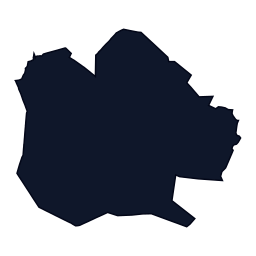 outline of Bella Vista, Chiapas, Mexico
{"feature_id": "50627088B83427563919964", "entity_name": "Bella Vista", "entity_type": "district", "adm_level": 2, "iso_a3": "MEX", "parent_name": "Mexico", "parent_adm1": "Chiapas", "projection": "albers", "projection_center": [-92.25, 15.623], "detail": "fine", "context": "isolated", "style": "filled", "palette": "ink", "viewbox_px": 256, "rotation_deg": 0, "n_neighbors": 0, "source": "geoboundaries", "source_scale": "gbopen_adm2", "svg_char_len": 3077}
<svg xmlns="http://www.w3.org/2000/svg" viewBox="0 0 256 256"><path d="M139.2,32.3L137.7,32.1L135.0,31.6L132.4,31.1L130.3,30.7L129.7,30.6L128.9,30.4L125.5,29.7L123.6,29.3L121.9,30.0L120.5,30.7L118.4,31.8L117.1,32.6L116.5,32.8L116.4,32.9L116.1,33.2L114.8,34.8L111.0,38.7L111.0,38.8L110.8,39.1L110.6,39.4L108.9,41.4L106.0,44.2L103.0,47.4L101.0,49.8L98.7,52.0L98.2,52.7L98.2,52.8L97.8,53.4L95.8,55.1L95.4,76.5L84.0,67.3L83.9,67.3L73.9,60.2L73.3,59.9L72.3,59.3L69.3,57.4L71.2,53.4L69.6,51.9L65.7,48.1L65.1,48.0L57.4,50.2L46.7,53.1L43.4,54.1L41.7,56.1L40.6,55.9L40.1,55.8L38.9,56.1L37.4,56.1L36.3,56.4L35.9,56.7L35.5,57.3L35.3,57.7L34.6,55.1L34.0,53.7L33.7,55.9L33.7,56.2L33.6,56.4L33.3,57.8L33.6,59.1L33.4,59.7L31.9,60.5L31.2,60.9L30.3,61.2L28.2,61.7L27.3,66.4L26.9,66.8L26.6,67.2L26.3,67.6L25.6,68.1L25.4,68.5L25.4,68.9L25.6,69.6L24.8,73.0L24.5,73.6L24.4,73.8L23.6,74.8L23.1,75.7L22.3,77.7L22.2,77.8L21.9,78.9L19.2,80.1L17.2,80.4L15.4,80.6L15.7,81.1L15.9,81.6L16.4,82.9L16.9,84.0L18.1,86.6L18.3,86.7L18.7,88.7L18.7,88.9L19.2,90.1L19.8,91.4L20.8,93.7L20.9,93.9L21.2,94.8L22.1,97.4L22.9,99.8L23.0,100.1L25.0,105.0L26.1,108.1L26.5,109.2L27.3,111.2L26.6,113.0L26.5,114.0L26.3,116.2L26.1,118.5L25.9,120.8L25.7,123.1L25.7,123.9L25.5,125.4L25.5,126.3L25.4,127.3L25.2,129.3L24.8,134.2L24.6,137.0L24.4,139.2L24.1,143.3L23.9,144.7L23.8,146.6L23.6,148.4L23.1,155.1L23.0,155.4L22.7,156.0L22.0,157.2L20.6,161.5L19.6,164.4L18.4,168.5L17.0,173.3L18.5,175.7L22.9,182.4L26.9,188.6L29.6,192.7L33.1,198.2L37.1,204.3L39.0,207.2L43.7,209.5L43.8,209.6L47.4,211.4L49.5,212.4L51.0,213.2L52.1,213.7L56.0,215.7L57.9,216.6L65.3,220.3L65.8,220.5L67.5,221.4L68.4,221.8L69.6,222.4L71.4,223.2L72.2,223.8L72.5,224.0L74.4,225.1L75.6,225.8L75.8,225.8L78.1,225.6L79.6,225.3L80.1,225.1L83.7,223.4L85.7,222.5L88.4,221.3L89.8,220.6L90.9,220.1L92.0,219.6L93.5,218.9L96.0,217.7L98.9,216.4L99.2,216.3L101.1,215.4L102.9,214.6L104.8,213.7L105.5,213.4L107.6,212.4L112.0,213.8L117.6,215.6L132.1,215.0L142.5,213.9L151.4,213.7L172.8,221.6L177.8,223.4L182.6,225.2L186.7,226.7L190.0,224.1L194.8,218.6L171.9,200.7L175.7,174.9L179.5,176.6L198.3,178.8L222.4,180.5L221.0,177.3L220.6,176.5L220.7,176.0L220.9,175.2L221.9,171.6L225.0,168.5L225.7,167.7L225.8,167.2L226.1,166.8L226.4,166.0L226.7,165.4L227.0,164.6L227.3,163.9L228.1,162.1L228.4,161.4L228.7,160.7L229.0,160.0L229.2,159.5L229.5,158.8L229.8,158.1L230.1,157.4L230.4,156.7L230.9,155.5L231.5,154.2L231.8,153.4L232.2,152.5L232.6,151.5L233.1,150.3L231.9,148.7L232.4,146.8L233.5,145.0L236.5,144.1L238.2,142.2L240.6,138.0L239.3,136.2L238.2,135.8L237.1,135.6L235.8,133.1L236.2,130.4L236.7,126.5L237.2,123.6L237.2,123.4L238.4,120.5L237.3,120.5L236.5,120.0L235.9,119.7L235.0,118.6L234.6,118.0L233.9,117.0L233.1,115.9L232.6,114.9L232.0,113.4L232.4,110.6L232.6,109.9L228.2,109.6L225.2,107.9L221.6,107.1L218.4,106.8L215.7,108.8L208.6,105.4L208.8,104.9L212.9,96.4L199.1,96.9L196.2,93.5L193.7,90.6L190.9,87.3L187.1,83.2L187.0,82.3L191.2,75.1L174.5,61.6L168.7,61.6L167.8,57.3L154.4,44.8L141.0,32.4L140.4,32.4L140.2,32.3L139.2,32.3Z" fill="#0f172a" stroke="#020617" stroke-width="1.5"/></svg>